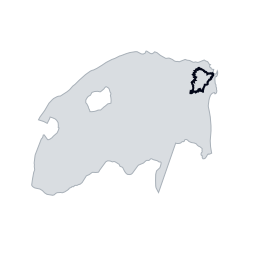 Cape Winelands, Western Cape, South Africa (highlighted), rotated 199°
{"feature_id": "47623444B8262601395586", "entity_name": "Cape Winelands", "entity_type": "district", "adm_level": 2, "iso_a3": "ZAF", "parent_name": "South Africa", "parent_adm1": "Western Cape", "projection": "equal_earth", "projection_center": [19.211, -33.151], "detail": "medium", "context": "in_parent", "style": "outline", "palette": "ink", "viewbox_px": 256, "rotation_deg": 199, "n_neighbors": 0, "source": "geoboundaries", "source_scale": "gbopen_adm2", "svg_char_len": 5263}
<svg xmlns="http://www.w3.org/2000/svg" viewBox="0 0 256 256"><g transform="rotate(199 128 128)"><path d="M177.2,39.9L183.0,38.9L185.6,39.5L188.6,41.0L191.5,41.6L196.5,41.0L198.2,41.3L199.5,41.8L200.5,42.7L201.7,48.8L202.7,55.4L202.6,57.5L202.7,58.3L204.1,61.1L204.5,62.8L205.3,64.2L206.8,71.2L207.0,72.4L206.4,89.2L205.6,91.2L205.8,93.8L205.0,94.2L200.2,90.8L199.4,91.0L198.0,92.2L196.6,94.2L196.0,95.8L193.4,100.3L193.1,103.2L193.2,105.6L194.1,105.7L194.6,107.5L195.8,110.3L198.0,112.1L200.0,112.9L202.9,113.1L205.2,113.0L205.2,111.2L205.9,106.1L209.7,106.7L215.3,106.6L214.8,109.8L212.5,117.3L210.8,125.7L208.9,129.9L207.9,131.7L205.1,134.7L203.6,135.7L202.4,136.1L197.5,142.3L195.6,145.3L193.9,149.6L192.3,152.0L189.8,157.1L185.6,164.6L182.1,169.5L180.6,170.9L179.6,171.5L176.8,174.3L173.0,178.9L170.0,182.9L165.6,187.5L163.1,189.5L159.3,193.4L158.3,194.0L154.0,197.6L151.0,199.8L146.2,202.4L144.2,203.1L139.7,202.4L137.8,202.8L136.2,204.3L136.0,206.5L135.3,206.8L131.2,205.8L129.5,206.0L128.4,207.2L127.6,208.7L125.2,208.7L121.0,207.2L116.0,206.3L114.9,206.1L112.4,207.3L111.6,207.5L108.1,207.2L106.1,206.5L104.3,206.5L102.8,207.1L101.1,207.3L96.3,211.4L93.9,211.4L91.8,211.9L88.1,211.4L87.0,211.6L85.9,212.4L83.4,212.7L82.4,213.3L78.1,217.1L76.4,216.7L74.2,216.6L71.7,214.6L70.7,214.7L71.0,214.1L71.1,213.1L70.2,212.0L69.2,212.0L68.7,211.1L67.2,211.0L66.0,211.3L65.7,207.8L65.1,207.5L63.6,207.4L62.9,207.5L62.5,207.8L62.1,208.6L62.2,211.1L61.6,210.4L61.0,208.9L60.8,207.4L61.0,205.5L62.2,204.8L61.8,202.5L60.0,198.4L59.0,197.6L58.1,195.5L57.3,194.7L56.9,193.3L56.1,192.1L55.8,190.3L56.2,189.2L56.9,188.6L57.7,189.6L58.6,189.2L59.9,187.9L60.7,185.8L60.7,182.6L60.5,180.5L59.4,175.3L58.9,174.1L56.6,170.3L53.8,165.2L50.3,157.2L48.6,152.4L46.1,142.7L43.8,137.1L41.0,131.9L40.7,131.6L41.1,131.0L42.5,129.8L43.2,129.4L43.6,129.6L43.9,129.3L44.2,128.5L44.5,126.6L45.1,124.7L45.7,123.9L47.0,123.3L48.0,124.0L48.4,124.7L48.6,125.7L49.1,126.1L49.8,126.1L50.3,126.7L50.6,127.9L50.5,128.7L50.1,129.3L50.2,130.0L50.7,130.8L51.2,132.7L53.9,133.7L55.4,133.8L56.8,134.3L58.2,135.2L60.4,135.4L63.4,134.9L65.9,135.1L67.9,136.0L69.3,136.1L70.2,135.6L70.6,134.8L70.5,133.9L70.9,133.2L71.9,133.0L72.7,132.2L73.3,131.0L74.7,130.0L76.9,129.2L78.0,129.3L78.1,76.9L82.0,80.6L82.9,82.2L84.8,87.2L86.7,93.2L87.0,96.2L87.0,96.8L84.9,100.8L84.9,102.7L85.1,105.0L85.5,106.2L86.1,106.5L87.5,106.0L89.6,106.6L93.7,106.3L95.8,106.6L96.3,106.4L96.7,105.9L97.3,104.6L97.8,104.1L99.7,103.5L100.5,102.7L101.9,100.0L106.0,96.3L106.4,95.5L109.1,86.7L109.9,85.4L111.0,84.6L113.3,84.0L114.6,84.3L116.0,85.1L117.6,86.4L119.9,88.7L120.7,89.1L123.1,89.2L124.6,90.8L129.0,91.8L130.3,91.8L131.7,90.9L134.0,91.0L136.5,90.4L138.0,88.8L141.0,79.2L141.4,77.1L141.7,76.5L144.1,75.4L147.0,74.6L147.6,74.1L149.4,71.4L151.8,69.2L153.6,61.5L154.7,59.7L155.3,58.9L155.8,58.9L156.4,58.4L157.2,57.4L158.1,56.9L159.2,56.6L159.9,56.0L160.2,55.0L160.8,54.5L161.6,54.5L162.0,54.2L162.2,53.5L164.0,51.8L164.0,51.1L165.0,49.5L167.1,46.9L169.0,45.4L170.7,45.1L173.9,43.8L175.1,42.6L175.9,40.9L177.2,39.9ZM168.7,152.8L171.5,151.6L173.7,149.9L174.2,146.8L175.9,144.9L176.5,143.2L177.0,140.8L176.2,138.2L174.9,137.5L172.6,135.3L171.6,133.8L170.3,132.6L169.3,131.1L167.6,131.6L165.1,132.8L163.5,133.9L162.1,135.2L159.7,136.1L157.4,140.3L156.7,141.2L154.9,144.3L152.3,145.8L152.3,146.3L153.0,148.8L154.1,151.2L155.3,153.2L155.2,154.5L155.6,155.4L156.6,156.1L158.4,158.6L159.3,159.4L162.0,160.0L162.4,159.8L163.2,158.4L163.4,157.3L165.3,154.1L166.1,153.1L168.7,152.8Z" fill="#d9dde1" stroke="#a8b0b8" stroke-width="1"/><path d="M82.6,191.8L82.0,191.3L81.8,191.4L81.7,190.8L81.1,190.0L80.3,189.7L80.0,189.2L80.0,188.3L79.5,187.7L79.2,186.7L78.9,184.3L79.4,184.7L79.8,184.1L79.7,183.7L80.3,183.0L80.7,183.1L80.5,182.0L79.8,182.0L79.9,181.4L79.5,181.5L79.1,182.3L78.6,182.3L78.4,183.0L77.4,184.1L76.7,184.1L76.1,183.8L76.0,184.3L75.6,184.5L75.3,184.2L75.0,184.7L75.2,185.0L74.7,185.3L74.5,184.9L74.1,185.4L73.9,187.5L73.1,188.1L72.7,186.7L72.2,187.7L71.8,187.2L71.4,187.4L71.0,186.8L70.4,187.0L69.3,186.8L69.3,187.2L69.1,187.2L69.8,188.9L69.4,189.0L69.6,190.8L69.3,192.4L69.5,193.9L67.5,194.7L67.0,195.4L67.2,195.7L67.2,196.3L67.6,196.9L67.4,197.0L67.6,198.1L67.0,199.1L67.0,200.1L66.0,200.6L66.0,200.9L65.8,200.8L65.5,201.4L65.8,201.5L65.6,202.3L65.8,202.4L66.0,202.8L65.5,203.2L65.7,203.4L65.5,203.7L65.5,203.9L65.1,204.1L65.1,204.9L64.8,205.0L64.7,205.3L65.0,205.4L64.9,205.9L65.1,206.4L65.0,206.7L65.7,207.2L65.8,206.9L66.5,206.8L66.9,206.4L67.5,206.8L69.0,205.8L69.4,206.0L69.8,205.7L70.5,204.7L71.0,205.7L72.4,206.4L73.2,205.9L73.7,206.5L74.7,206.5L74.9,207.0L78.0,207.6L78.1,207.2L79.4,207.2L79.8,206.8L80.0,207.4L79.4,207.5L80.3,207.7L80.2,207.9L80.5,208.0L80.8,207.8L80.7,207.6L81.1,207.4L80.9,207.4L81.0,207.2L80.8,206.9L81.1,206.8L81.3,206.0L80.3,205.2L81.3,205.7L82.5,205.8L82.8,204.8L82.4,203.8L82.9,203.9L83.3,203.7L82.6,203.3L82.9,202.6L82.8,202.0L83.5,201.7L83.2,201.4L83.9,199.9L82.9,199.9L83.2,199.5L83.1,199.0L81.5,199.3L82.4,198.8L82.0,198.5L81.5,198.5L81.8,197.7L80.2,197.9L80.5,196.9L80.1,196.8L80.6,196.7L80.4,196.3L80.7,195.2L80.1,195.0L80.6,194.7L81.2,194.8L81.3,194.3L80.9,193.5L81.1,193.6L81.5,193.1L82.0,193.1L82.1,192.6L82.5,192.3L82.6,191.8Z" fill="none" stroke="#020617" stroke-width="2"/></g></svg>